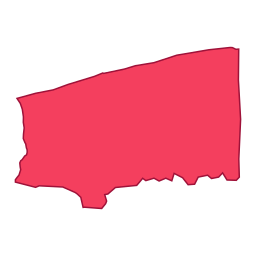 Niagara, New York, United States of America
{"feature_id": "52423323B57402250817644", "entity_name": "Niagara", "entity_type": "district", "adm_level": 2, "iso_a3": "USA", "parent_name": "United States of America", "parent_adm1": "New York", "projection": "robinson", "projection_center": [-78.823, 43.197], "detail": "fine", "context": "isolated", "style": "filled", "palette": "rose", "viewbox_px": 256, "rotation_deg": 0, "n_neighbors": 0, "source": "geoboundaries", "source_scale": "gbopen_adm2", "svg_char_len": 1023}
<svg xmlns="http://www.w3.org/2000/svg" viewBox="0 0 256 256"><path d="M238.7,49.1L235.9,49.3L232.4,47.6L230.1,47.5L208.7,49.8L176.8,55.2L153.9,62.7L135.5,65.7L124.3,69.1L103.7,73.4L102.8,73.0L94.4,76.4L68.2,84.4L53.1,89.9L35.6,93.3L17.0,98.4L20.3,103.4L22.3,109.2L23.4,116.7L23.4,118.3L23.3,122.3L24.2,127.9L23.5,134.1L23.3,138.6L25.0,142.7L25.7,143.8L26.4,147.9L27.1,149.7L27.2,152.2L26.6,154.8L24.6,156.1L23.7,157.5L22.0,159.8L20.7,160.8L19.8,162.9L20.0,165.1L20.2,167.0L20.7,169.7L19.0,175.1L17.2,177.3L15.4,179.7L15.4,182.1L35.6,187.3L39.2,185.8L62.8,187.0L75.2,192.5L77.3,194.0L80.8,197.3L83.1,207.4L84.4,207.2L101.7,208.5L105.6,203.7L106.6,201.1L104.7,194.6L107.9,194.0L115.4,187.5L136.7,185.4L142.7,178.3L145.8,180.6L154.0,178.2L159.1,181.0L165.8,178.2L171.8,180.8L174.1,173.4L182.6,177.7L188.1,184.7L194.6,184.2L198.2,177.1L207.6,175.2L211.5,178.5L218.6,177.1L222.6,172.9L227.0,180.0L236.3,180.3L239.3,177.1L238.8,159.0L240.6,119.3L238.4,80.1L238.7,49.1Z" fill="#f43f5e" stroke="#9f1239" stroke-width="1.5"/></svg>